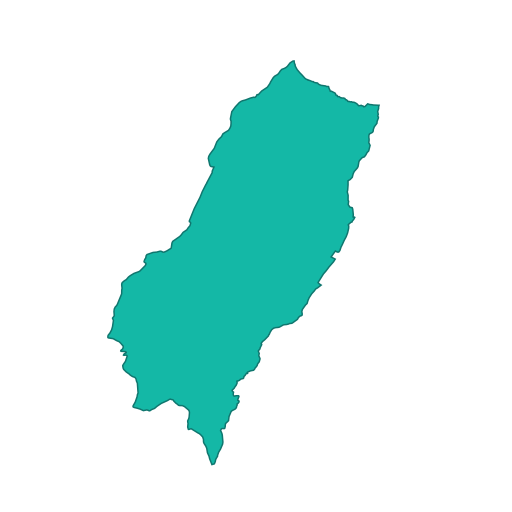 outline of Titesti, Vâlcea, Romania, rotated 137°
{"feature_id": "2599482B31663293500229", "entity_name": "Titesti", "entity_type": "district", "adm_level": 2, "iso_a3": "ROU", "parent_name": "Romania", "parent_adm1": "Vâlcea", "projection": "robinson", "projection_center": [24.419, 45.417], "detail": "fine", "context": "isolated", "style": "filled", "palette": "teal", "viewbox_px": 512, "rotation_deg": 137, "n_neighbors": 0, "source": "geoboundaries", "source_scale": "gbopen_adm2", "svg_char_len": 6079}
<svg xmlns="http://www.w3.org/2000/svg" viewBox="0 0 512 512"><g transform="rotate(137 256 256)"><path d="M430.5,133.5L428.2,132.4L426.0,133.4L424.4,134.6L422.5,135.3L420.8,135.7L420.1,136.4L417.1,138.0L413.6,139.0L408.7,141.2L407.1,142.5L402.8,148.0L401.9,149.6L401.2,151.6L401.1,152.3L401.0,152.5L399.5,153.1L398.8,153.1L398.3,152.8L396.9,151.4L396.4,151.3L394.8,152.3L394.1,153.0L392.6,154.2L388.4,154.3L385.2,157.0L380.3,159.2L378.9,159.2L375.8,158.3L374.6,158.3L373.6,158.6L372.5,159.4L371.5,159.8L370.7,160.7L369.6,160.5L367.8,160.9L367.3,161.9L367.6,162.4L367.7,163.0L366.6,163.8L364.4,164.8L364.1,165.2L364.1,165.7L364.7,166.3L365.9,167.4L367.3,168.2L367.6,168.7L367.4,169.8L367.0,170.4L366.0,171.3L365.3,171.7L365.5,173.2L365.1,174.1L362.1,174.2L360.9,174.6L358.7,175.0L356.6,175.9L356.0,176.5L355.4,177.5L354.9,177.4L354.4,176.9L353.6,176.6L352.6,176.3L351.8,176.5L350.1,175.9L349.2,175.2L348.9,175.2L348.2,175.2L347.0,176.1L345.6,176.1L343.9,176.5L342.7,176.6L342.5,176.0L342.2,175.9L341.5,176.8L341.3,176.8L338.4,175.8L335.7,174.1L334.2,174.2L333.0,174.7L331.1,174.8L329.7,175.2L328.4,176.0L325.8,176.4L323.4,177.9L323.0,178.3L322.0,181.1L321.4,181.7L320.2,182.4L319.2,184.8L318.8,185.1L316.7,185.3L315.2,186.2L312.7,187.1L312.1,187.5L312.2,188.2L311.7,188.6L309.6,189.0L306.7,188.8L301.3,189.1L300.4,189.7L299.6,189.7L297.7,190.6L294.7,191.4L292.4,191.2L290.6,190.3L288.4,188.6L287.3,188.0L282.8,186.9L280.3,185.0L278.7,184.1L277.5,183.7L275.9,182.5L275.2,182.2L268.9,181.4L267.5,181.9L266.0,182.1L264.7,182.0L263.5,181.4L262.7,181.3L261.8,182.0L260.3,184.2L258.5,185.3L253.2,186.4L251.1,186.4L248.2,188.1L245.4,189.3L240.9,190.4L237.1,190.7L234.9,191.2L232.7,190.7L228.2,190.3L228.7,192.4L228.8,194.1L228.7,194.3L218.9,196.9L215.1,197.3L210.1,198.2L203.2,198.9L200.2,199.7L201.7,204.1L194.6,205.5L193.9,203.5L192.8,202.5L190.9,202.8L187.8,204.5L185.1,205.5L180.8,207.3L176.9,208.6L173.3,210.4L169.3,213.1L167.7,214.7L167.4,215.7L167.1,216.0L163.6,215.9L162.6,215.4L161.6,215.9L159.6,216.1L157.4,216.9L157.6,217.5L158.3,218.0L158.4,218.3L156.7,219.8L153.3,224.3L152.7,225.7L154.0,227.8L153.5,230.7L150.9,232.9L150.7,233.9L147.2,237.6L145.5,240.7L144.1,241.6L140.2,245.2L137.8,247.8L137.7,248.1L137.0,248.2L135.0,247.7L131.9,247.9L128.8,249.9L127.5,250.4L126.5,250.8L121.7,251.3L120.2,251.9L116.4,254.8L115.3,255.2L111.8,255.5L110.9,255.4L109.1,254.6L106.8,255.0L104.2,255.9L101.9,256.0L97.1,259.1L96.3,261.7L95.9,262.3L94.9,263.0L93.6,264.3L92.6,265.8L91.1,267.3L89.7,267.9L87.0,267.1L85.8,267.1L84.9,267.6L83.9,268.5L81.4,269.8L77.0,270.6L75.7,271.8L72.5,273.4L71.7,274.1L71.7,275.1L71.5,275.4L70.0,276.2L68.5,278.7L65.8,280.2L64.6,281.5L63.2,282.3L67.0,286.2L68.7,288.4L69.4,289.0L70.5,291.1L74.3,291.0L75.2,291.5L75.5,291.8L75.4,292.8L76.1,293.6L76.3,294.5L77.5,295.1L78.4,295.9L78.4,298.6L79.2,301.1L79.8,302.0L80.6,302.6L80.8,303.5L81.9,304.4L82.6,305.7L83.2,306.1L83.4,306.5L83.2,307.1L83.3,308.4L83.8,309.2L83.6,310.7L84.2,311.8L84.9,312.4L85.8,313.6L86.2,314.2L86.5,315.9L87.5,316.8L87.6,317.2L87.2,317.8L87.2,318.3L87.8,319.4L87.1,320.7L87.1,321.3L88.5,325.2L89.2,325.7L89.3,326.0L88.7,327.1L88.3,328.7L87.4,330.4L87.5,330.7L88.9,332.0L89.0,332.7L92.1,336.6L93.1,339.0L93.0,340.5L94.7,342.7L95.2,343.8L95.2,344.5L95.9,345.2L97.2,348.1L98.0,349.0L97.8,349.4L98.6,350.8L99.0,352.5L98.9,357.2L99.0,359.9L98.8,364.2L98.1,367.0L97.7,368.2L96.8,369.5L96.5,370.7L95.1,372.7L96.1,373.4L99.4,374.0L103.7,373.3L105.5,373.4L107.4,373.9L109.8,374.9L111.8,374.8L114.3,374.2L116.3,374.0L119.8,374.8L121.7,374.7L126.8,373.3L128.1,372.7L132.6,371.7L139.4,372.8L144.3,372.4L145.0,373.2L145.3,373.3L146.8,372.7L148.4,372.6L148.7,372.7L149.2,373.6L152.3,375.3L157.3,377.3L159.9,378.7L161.4,379.3L163.6,379.6L169.2,379.2L175.2,378.1L180.9,374.0L181.6,373.2L182.3,371.6L184.0,369.8L185.7,368.3L187.3,367.5L189.6,366.8L190.7,366.7L194.9,367.6L196.9,367.9L199.8,366.8L203.3,366.8L206.8,366.2L213.1,363.2L220.2,361.9L222.6,361.1L224.3,359.9L227.7,354.2L228.0,353.0L227.9,352.2L226.1,349.7L230.2,347.9L231.1,346.9L239.7,343.9L242.1,343.1L242.5,342.7L243.5,342.6L251.4,339.7L256.9,337.1L268.7,332.8L274.3,330.2L280.9,327.1L281.3,326.5L281.0,325.4L281.3,324.6L283.6,323.2L286.3,322.9L288.7,322.3L293.2,323.0L296.4,322.4L298.4,322.3L306.9,323.5L308.6,322.8L312.5,319.7L313.0,319.6L318.0,320.6L320.6,321.5L321.4,322.2L322.0,323.9L322.8,324.9L326.0,326.6L328.8,328.8L334.7,331.4L336.0,331.2L338.1,329.7L339.6,329.4L341.5,328.4L341.8,328.1L341.9,327.6L341.5,326.0L341.6,325.7L342.2,325.0L343.6,324.5L351.1,324.2L352.2,324.4L357.1,326.5L361.4,327.4L363.6,327.6L366.9,327.2L369.3,327.7L371.9,327.8L373.0,327.3L373.9,326.5L376.0,323.7L377.5,322.6L379.9,320.1L380.6,319.7L390.4,315.2L391.8,314.8L393.7,314.7L395.8,313.9L397.8,312.2L400.3,309.1L401.4,308.7L403.1,308.5L403.4,308.3L404.2,306.1L409.1,302.2L411.9,300.5L415.3,299.3L418.0,298.9L418.8,298.5L419.8,297.6L419.9,296.9L416.8,292.9L415.7,289.3L414.5,286.6L414.4,284.6L414.6,280.8L415.2,279.9L416.9,279.0L419.2,279.1L419.7,278.8L419.7,278.3L416.8,275.3L416.5,274.3L416.6,274.0L416.9,273.8L419.1,274.3L420.5,273.9L420.4,273.5L418.8,272.3L418.3,271.6L418.3,271.2L418.7,270.5L423.3,268.0L426.8,267.2L428.1,266.8L428.4,266.5L429.6,264.7L430.1,263.4L430.0,259.8L429.2,256.0L429.2,254.8L428.8,253.0L428.5,252.0L427.3,249.7L427.6,247.9L428.7,246.1L429.5,243.9L435.7,236.2L437.3,235.5L438.9,234.2L444.0,231.5L447.9,230.3L448.6,229.8L448.8,229.3L448.4,228.3L446.8,225.9L445.2,223.1L443.8,219.7L441.0,218.0L440.2,216.9L439.8,215.8L439.2,215.2L436.9,214.8L434.1,213.7L430.9,213.6L425.8,212.8L419.2,210.6L417.1,210.2L416.2,209.7L415.7,208.6L415.0,207.8L414.8,207.1L415.1,205.6L415.0,204.5L415.0,203.1L414.6,201.2L414.5,199.8L414.1,199.0L411.9,196.8L411.0,194.7L410.4,189.8L410.4,188.8L410.8,187.8L411.5,186.8L414.9,183.7L416.2,182.9L418.4,182.0L419.1,181.2L419.9,179.9L422.6,177.5L423.6,175.6L423.7,175.3L423.5,175.0L421.2,173.9L419.1,166.1L418.6,164.8L418.4,163.1L418.4,160.0L419.5,157.7L421.2,155.8L421.8,154.4L422.4,151.1L423.2,148.9L425.7,145.2L426.9,141.6L428.2,139.3L430.5,133.5Z" fill="#14b8a6" stroke="#0f766e" stroke-width="1.5"/></g></svg>